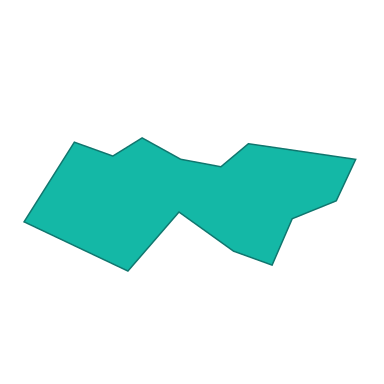 the Highly Urbanized City of Pasay, rotated 303°
{"feature_id": "PHL-5554", "entity_name": "Pasay", "entity_type": "Highly Urbanized City", "adm_level": 1, "iso_a3": "PHL", "parent_name": "Philippines", "parent_adm1": "", "projection": "equal_earth", "projection_center": [121.011, 14.532], "detail": "fine", "context": "isolated", "style": "filled", "palette": "teal", "viewbox_px": 384, "rotation_deg": 303, "n_neighbors": 0, "source": "natural_earth", "source_scale": "10m", "svg_char_len": 346}
<svg xmlns="http://www.w3.org/2000/svg" viewBox="0 0 384 384"><g transform="rotate(303 192 192)"><path d="M90.8,181.3L75.5,67.4L169.7,66.2L179.0,106.0L210.2,120.7L213.3,164.7L228.9,202.5L263.2,213.0L308.5,311.5L263.2,317.8L224.2,290.6L174.3,299.0L165.0,259.1L168.1,192.0L90.8,181.3Z" fill="#14b8a6" stroke="#0f766e" stroke-width="1.5"/></g></svg>